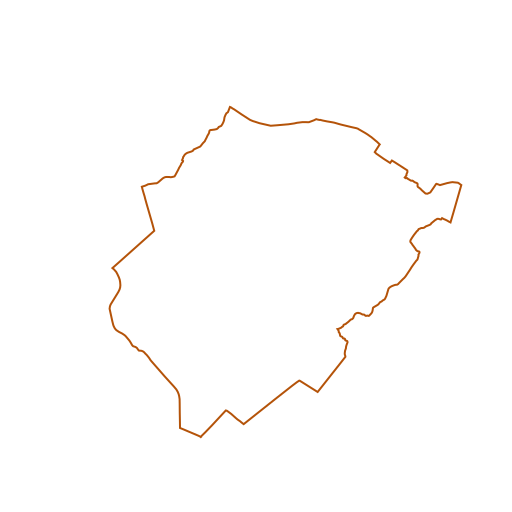 Tulca, Bihor, Romania (Natural Earth projection), rotated 308°
{"feature_id": "2599482B1784153008290", "entity_name": "Tulca", "entity_type": "district", "adm_level": 2, "iso_a3": "ROU", "parent_name": "Romania", "parent_adm1": "Bihor", "projection": "natural_earth1", "projection_center": [21.788, 46.781], "detail": "fine", "context": "isolated", "style": "outline", "palette": "amber", "viewbox_px": 512, "rotation_deg": 308, "n_neighbors": 0, "source": "geoboundaries", "source_scale": "gbopen_adm2", "svg_char_len": 6125}
<svg xmlns="http://www.w3.org/2000/svg" viewBox="0 0 512 512"><g transform="rotate(308 256 256)"><path d="M438.3,374.1L438.2,372.7L438.2,370.9L438.0,369.9L436.5,367.5L435.8,366.4L435.3,365.5L434.1,364.3L433.2,363.5L432.0,362.5L431.2,361.8L425.1,357.3L424.6,355.5L424.0,353.8L423.6,353.6L419.1,353.9L413.5,354.2L413.0,354.0L410.6,352.7L409.7,351.3L409.6,351.0L409.9,346.0L410.1,345.0L410.2,343.4L410.2,342.7L410.1,341.5L410.1,341.2L410.3,340.6L410.5,340.3L410.7,340.1L411.9,339.3L412.3,338.9L412.5,338.5L412.5,338.1L412.4,337.5L412.0,336.2L411.8,335.4L411.8,333.6L411.7,333.1L411.6,332.7L411.0,332.1L410.8,331.8L410.6,330.5L410.5,329.4L410.3,328.5L410.3,328.1L410.3,327.9L410.4,327.6L410.4,327.1L410.1,326.7L409.6,326.3L409.4,325.9L409.4,325.2L409.4,324.9L412.2,324.9L412.8,324.4L413.1,324.2L415.2,323.7L415.6,323.5L416.6,322.5L416.6,322.2L415.3,307.7L414.9,304.3L411.9,304.4L411.6,301.0L411.2,296.8L411.0,292.9L410.8,289.1L410.7,287.9L411.0,285.6L419.7,284.8L420.1,284.8L420.5,280.9L420.5,279.4L420.6,277.0L420.7,273.4L420.6,272.7L420.5,269.9L420.4,268.5L420.2,266.5L419.1,258.8L419.1,258.5L419.1,258.2L418.6,256.6L416.4,252.0L411.9,242.1L411.1,240.2L409.3,235.7L408.5,234.1L405.8,229.1L403.9,225.3L402.8,222.8L402.3,222.3L401.3,220.2L400.9,219.2L398.6,218.1L394.0,215.3L390.2,210.3L389.2,209.3L388.2,208.3L386.2,206.3L384.1,204.6L379.8,200.5L371.7,191.8L367.7,187.4L362.8,177.0L361.1,172.3L360.4,170.5L359.6,167.5L358.7,157.5L358.1,148.5L357.8,146.5L357.8,146.0L357.7,144.7L357.4,143.7L352.2,145.3L351.5,145.2L350.3,144.8L348.4,145.1L345.9,145.8L343.2,147.3L341.3,147.9L339.4,148.3L337.2,148.5L335.6,147.7L334.7,147.2L333.7,147.3L332.9,147.2L331.8,146.9L330.0,145.4L327.1,142.5L326.6,142.3L326.1,142.3L325.6,142.4L324.6,143.0L324.1,143.2L322.1,143.6L321.3,143.6L318.9,144.2L316.1,144.7L314.9,145.0L312.2,144.7L308.7,144.7L307.8,144.6L301.5,141.3L300.7,141.5L299.9,141.4L298.6,140.8L295.4,138.6L294.7,138.2L293.6,137.8L292.2,137.5L291.3,137.5L289.8,137.7L289.0,137.7L288.2,138.2L286.1,138.7L286.0,140.0L285.4,140.3L284.3,140.3L283.5,140.2L282.8,140.3L282.0,140.6L281.0,140.8L278.2,141.1L276.1,141.6L270.3,142.6L268.6,142.8L267.6,142.1L266.3,141.0L265.5,140.2L264.9,139.1L264.1,138.0L263.4,137.1L262.8,136.4L262.1,135.8L261.4,135.4L260.5,135.0L259.6,134.7L256.0,134.0L253.9,133.6L252.5,133.1L252.0,132.8L251.1,131.7L246.1,126.8L245.2,126.4L243.2,125.4L240.3,123.4L238.9,125.2L236.5,128.5L234.4,131.5L232.9,133.4L229.8,137.6L217.5,154.6L213.2,160.3L167.8,152.1L158.1,150.3L158.0,152.4L157.4,155.6L156.3,158.1L154.7,161.2L153.4,163.2L151.9,164.9L149.5,167.1L147.6,168.3L145.6,169.1L142.7,169.7L128.3,171.3L126.4,171.9L124.3,173.1L116.0,183.1L113.9,185.8L113.3,186.7L112.7,187.9L112.3,188.7L111.8,190.3L111.6,191.7L111.7,193.0L111.8,194.6L112.5,198.2L112.6,199.7L112.7,201.1L112.6,202.6L112.3,204.1L111.4,208.3L110.6,210.6L109.6,213.0L109.4,213.7L109.3,214.2L109.3,214.8L110.1,217.0L110.2,217.8L110.2,218.9L109.8,220.1L109.5,221.3L109.4,222.0L109.9,222.8L110.5,223.6L110.9,224.4L111.2,225.5L111.3,226.5L111.2,227.5L110.9,229.1L110.8,230.4L110.5,231.9L109.9,234.4L108.9,237.3L104.9,258.2L102.6,271.6L101.8,275.4L100.7,278.1L99.4,280.3L98.2,281.8L96.2,283.9L92.5,286.9L85.7,292.3L79.9,297.0L73.7,302.0L74.8,305.9L76.4,311.9L78.8,320.8L79.3,322.9L79.3,323.9L79.6,323.9L79.8,324.0L80.0,323.8L86.2,324.6L95.8,325.6L115.7,327.3L116.1,328.3L116.2,329.6L116.3,333.8L116.2,335.2L115.9,339.6L115.8,342.1L116.0,345.5L115.9,346.5L115.9,349.8L155.4,359.3L176.5,364.5L181.7,365.9L184.4,366.8L184.6,367.1L184.7,367.7L186.8,388.3L224.1,388.5L230.3,388.5L231.6,388.5L232.2,387.9L232.9,386.9L233.2,386.5L233.5,386.2L234.2,385.7L235.0,385.2L236.2,384.5L238.3,383.8L238.8,383.6L239.6,383.0L240.7,382.5L241.7,382.1L244.3,381.3L244.4,381.2L244.7,380.9L244.9,380.7L245.0,380.5L245.1,380.2L245.0,379.8L244.9,379.4L244.6,378.7L244.6,378.4L244.6,378.2L245.3,377.3L245.4,377.1L245.4,376.8L245.4,376.5L244.9,375.9L244.8,375.7L244.7,375.4L244.7,375.2L244.8,375.0L244.9,374.8L245.1,374.3L245.3,374.0L245.3,373.7L245.3,373.4L245.1,372.8L244.9,372.1L244.9,371.8L244.9,371.6L245.0,371.4L245.7,370.6L246.6,369.5L246.7,369.2L246.8,368.8L246.8,368.6L246.9,368.3L247.0,368.0L247.7,367.5L247.8,367.3L248.2,366.5L248.6,365.2L249.3,365.8L251.8,367.2L253.3,367.5L254.1,367.9L254.6,367.8L255.3,367.5L255.9,367.5L256.8,368.0L257.5,368.5L258.0,368.6L258.7,368.7L259.6,369.0L261.4,369.4L263.6,369.7L264.4,369.9L265.4,370.6L265.9,370.7L266.6,370.8L267.4,370.7L268.4,370.3L269.6,370.0L270.5,369.9L271.1,369.8L271.8,370.0L272.5,370.2L273.3,370.7L274.1,371.5L274.2,371.9L274.9,373.1L275.1,373.8L275.3,375.2L275.5,376.0L276.0,376.7L276.4,377.4L276.4,378.1L276.3,378.6L276.3,378.9L276.4,379.3L276.7,379.7L277.3,380.2L277.7,380.6L277.9,381.1L278.0,381.4L278.2,381.7L278.6,381.9L280.7,382.1L281.5,382.2L282.2,382.2L283.1,382.1L284.0,381.8L284.9,381.4L287.0,380.2L287.4,380.1L287.9,380.2L292.2,381.9L292.9,382.1L293.6,382.2L295.9,382.2L296.3,382.3L296.9,382.7L297.6,383.0L298.3,383.1L298.8,383.2L299.5,383.4L300.3,383.8L301.0,384.0L301.8,384.0L304.9,383.3L311.2,380.8L311.8,380.6L312.6,380.6L313.4,380.7L314.7,381.1L315.7,381.5L317.1,382.3L318.4,383.1L319.3,383.8L320.2,384.8L320.9,385.1L321.5,385.3L322.3,385.3L328.2,386.0L329.9,386.3L331.8,386.4L333.5,386.3L340.1,385.8L342.7,385.5L346.4,385.3L351.1,385.2L352.2,385.4L352.6,385.4L353.4,385.1L354.8,384.5L355.9,384.1L356.5,383.7L357.0,383.2L358.9,382.9L359.4,382.7L359.8,382.4L359.9,381.9L359.9,381.5L359.3,380.5L359.2,380.1L359.3,379.1L359.3,378.4L359.4,377.9L359.8,377.3L360.0,376.8L360.1,376.1L360.6,374.5L361.1,372.5L361.5,371.5L361.8,370.3L362.0,369.3L362.3,368.8L363.0,368.3L363.9,368.0L366.6,367.7L369.8,367.5L374.6,367.5L375.3,367.7L375.7,367.8L377.3,367.6L378.3,368.2L378.8,368.5L379.6,368.9L379.9,369.1L380.3,369.7L381.1,370.5L381.6,370.9L382.3,371.2L383.1,371.4L383.9,371.6L385.9,372.8L387.3,373.6L388.4,374.1L389.9,374.0L390.5,374.2L391.1,374.3L392.8,374.7L394.3,375.0L396.8,375.9L397.2,376.3L397.6,376.9L397.9,377.5L398.2,378.5L398.7,379.3L400.4,379.3L400.7,381.2L401.2,382.9L401.4,384.0L401.6,384.9L401.8,386.7L402.1,388.0L402.2,388.6L411.3,385.0L438.3,374.1Z" fill="none" stroke="#b45309" stroke-width="2"/></g></svg>